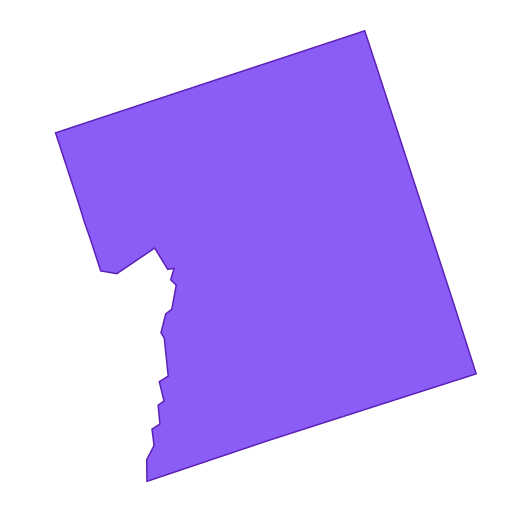 outline of Blue Earth, Minnesota, United States of America, rotated 252°
{"feature_id": "52423323B75233967611088", "entity_name": "Blue Earth", "entity_type": "district", "adm_level": 2, "iso_a3": "USA", "parent_name": "United States of America", "parent_adm1": "Minnesota", "projection": "albers", "projection_center": [-94.099, 44.056], "detail": "fine", "context": "isolated", "style": "filled", "palette": "violet", "viewbox_px": 512, "rotation_deg": 252, "n_neighbors": 0, "source": "geoboundaries", "source_scale": "gbopen_adm2", "svg_char_len": 583}
<svg xmlns="http://www.w3.org/2000/svg" viewBox="0 0 512 512"><g transform="rotate(252 256 256)"><path d="M75.9,429.0L149.0,429.3L396.2,429.1L397.5,429.1L399.7,429.2L401.3,429.1L436.6,429.0L435.3,139.6L435.1,103.4L363.3,103.6L342.1,103.3L321.2,103.7L289.8,103.7L282.2,118.2L294.9,162.1L270.6,167.9L269.5,174.2L259.7,167.5L252.9,171.1L231.4,159.5L228.9,152.3L212.3,141.9L206.3,143.4L168.9,135.4L166.4,125.2L146.5,123.7L144.3,116.8L125.9,112.7L123.5,103.6L107.3,100.5L96.0,89.1L75.4,82.7L76.7,212.2L76.2,356.8L75.9,429.0Z" fill="#8b5cf6" stroke="#5b21b6" stroke-width="1.5"/></g></svg>